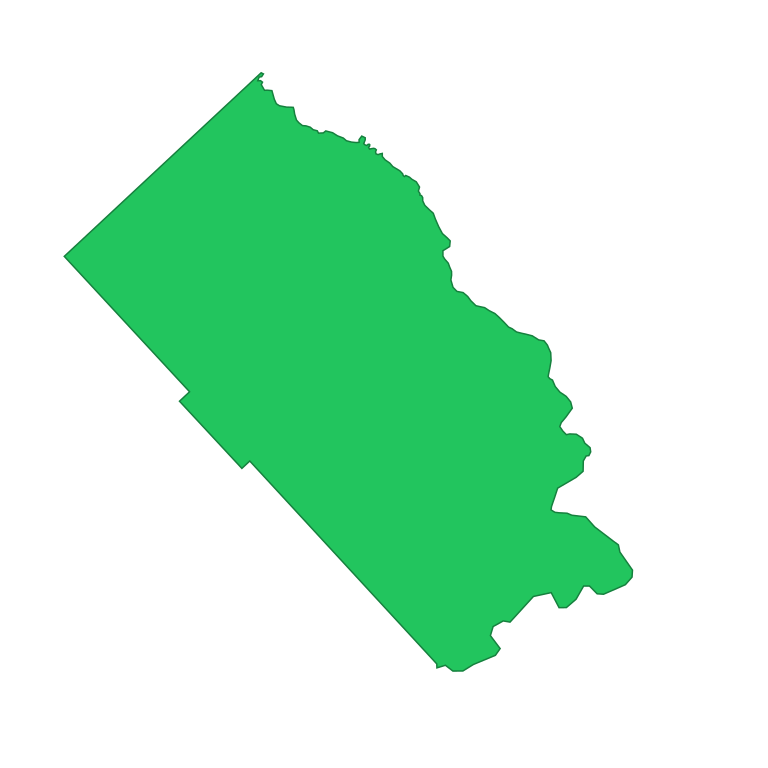 Ferry, Washington, United States of America, rotated 317°
{"feature_id": "52423323B81740617288229", "entity_name": "Ferry", "entity_type": "district", "adm_level": 2, "iso_a3": "USA", "parent_name": "United States of America", "parent_adm1": "Washington", "projection": "robinson", "projection_center": [-118.263, 48.416], "detail": "fine", "context": "isolated", "style": "filled", "palette": "green", "viewbox_px": 768, "rotation_deg": 317, "n_neighbors": 0, "source": "geoboundaries", "source_scale": "gbopen_adm2", "svg_char_len": 2497}
<svg xmlns="http://www.w3.org/2000/svg" viewBox="0 0 768 768"><g transform="rotate(317 384 384)"><path d="M237.2,72.6L236.5,257.1L222.7,257.1L222.5,348.8L233.3,348.8L231.7,624.7L229.1,627.7L237.1,631.6L238.6,640.9L246.0,647.7L258.1,650.1L280.5,658.4L288.5,656.7L290.2,640.6L298.4,635.8L309.6,638.6L313.8,644.1L348.4,641.3L364.0,650.6L359.5,667.0L364.9,671.9L377.7,672.4L392.2,667.9L396.5,671.9L396.8,682.8L401.2,687.5L423.7,695.4L433.7,694.4L438.8,689.6L441.9,667.8L445.7,661.5L444.5,655.2L440.6,632.2L440.9,618.7L431.9,608.1L429.8,603.4L428.1,601.6L424.3,597.7L421.5,594.4L420.3,590.0L422.9,587.9L427.7,585.3L431.3,583.4L440.0,578.6L460.9,583.3L470.1,583.6L477.3,576.2L482.8,574.5L485.0,576.1L488.9,574.6L491.3,571.1L490.5,564.2L492.2,559.0L490.4,551.9L485.8,547.2L482.8,545.4L482.7,540.4L483.5,535.0L487.4,533.1L494.7,532.2L505.2,530.1L508.3,524.4L508.8,517.3L507.1,509.9L507.5,502.6L509.9,496.0L508.9,493.2L509.0,490.6L511.1,489.0L516.3,485.3L522.1,480.9L527.3,474.8L528.5,471.2L529.0,469.7L530.0,467.1L530.5,461.6L527.2,457.2L525.3,449.9L521.6,444.1L519.5,441.1L516.4,436.3L515.4,430.9L513.9,427.3L513.9,421.2L513.7,414.5L513.2,408.3L510.9,401.9L509.7,396.8L507.1,393.1L504.6,389.4L504.3,382.3L504.9,377.1L504.2,371.1L500.5,366.0L500.4,360.4L503.9,353.5L507.7,350.5L510.2,347.7L511.8,343.2L513.4,339.5L513.6,334.1L514.3,330.7L518.0,326.7L521.8,327.5L525.8,328.2L530.0,324.5L529.9,320.3L529.3,313.8L531.3,306.2L534.1,298.3L536.5,292.7L536.0,287.6L535.7,281.2L537.2,276.5L539.4,274.1L539.9,272.0L539.6,271.0L539.1,270.2L540.1,269.4L540.7,266.4L544.3,264.2L545.5,258.2L544.0,253.2L543.7,250.1L542.1,246.3L540.5,246.3L540.2,244.7L541.0,243.0L541.0,239.0L538.7,231.0L538.9,226.4L537.7,220.9L537.9,216.5L540.0,214.2L537.8,212.9L536.1,212.2L535.1,210.3L536.1,208.5L538.1,207.5L537.9,205.7L537.1,204.5L535.3,203.3L533.6,202.3L534.2,200.3L535.6,200.3L536.8,199.3L536.8,198.7L535.9,197.9L535.6,198.0L533.9,197.6L533.2,196.2L533.1,194.4L536.8,192.6L538.2,191.1L537.2,188.5L536.8,187.5L532.4,188.3L530.6,190.3L528.3,188.4L525.2,184.9L522.4,180.4L522.0,176.4L519.2,170.7L517.8,165.2L514.0,159.2L510.9,159.0L507.2,155.9L507.9,153.3L505.6,149.7L505.2,145.9L503.0,142.0L500.6,139.4L499.9,134.9L500.0,131.3L502.7,125.7L505.2,122.0L506.3,119.8L504.7,118.1L501.7,115.2L497.3,109.2L496.4,105.6L498.0,100.9L500.7,95.7L502.1,93.0L499.1,89.6L496.9,87.7L498.4,81.4L501.0,80.4L500.6,78.0L498.5,76.1L502.0,74.4L504.1,75.8L507.3,75.0L506.4,72.6L237.2,72.6Z" fill="#22c55e" stroke="#15803d" stroke-width="1.5"/></g></svg>